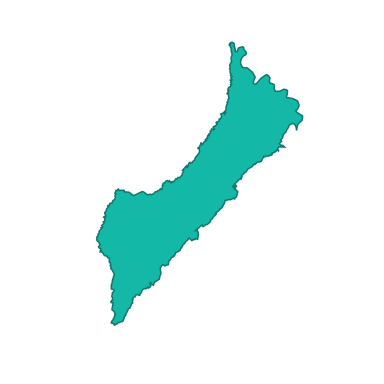 the district of Parácuaro, Michoacán, Mexico, rotated 204°
{"feature_id": "50627088B31611248449826", "entity_name": "Parácuaro", "entity_type": "district", "adm_level": 2, "iso_a3": "MEX", "parent_name": "Mexico", "parent_adm1": "Michoacán", "projection": "equal_earth", "projection_center": [-102.195, 19.07], "detail": "fine", "context": "isolated", "style": "filled", "palette": "teal", "viewbox_px": 384, "rotation_deg": 204, "n_neighbors": 0, "source": "geoboundaries", "source_scale": "gbopen_adm2", "svg_char_len": 6081}
<svg xmlns="http://www.w3.org/2000/svg" viewBox="0 0 384 384"><g transform="rotate(204 192 192)"><path d="M218.1,342.4L217.6,341.4L217.0,342.0L217.0,341.4L216.6,341.3L215.9,340.0L214.9,339.5L213.7,337.0L211.2,334.0L210.9,330.5L208.6,326.5L209.2,325.5L209.1,323.1L207.7,321.0L207.9,320.1L207.3,319.8L205.5,316.3L204.3,315.6L204.2,314.1L202.4,313.9L202.5,313.2L203.1,313.0L202.6,311.7L201.1,310.9L201.4,310.3L202.0,310.5L202.5,309.8L201.0,309.6L201.4,308.0L199.7,306.9L200.5,305.9L199.8,305.1L199.7,304.0L200.7,303.0L201.1,301.6L200.7,299.5L199.8,299.4L199.9,297.7L199.1,297.3L200.0,296.3L199.6,296.0L198.8,296.5L197.4,294.0L196.5,293.1L196.6,290.8L195.9,289.2L196.5,288.1L195.6,287.4L195.7,285.2L195.0,282.1L194.4,281.5L194.4,279.8L195.0,278.8L193.6,278.3L193.9,276.2L195.2,277.5L197.5,274.8L195.9,273.5L195.6,272.5L195.7,270.0L196.8,269.9L196.3,267.4L198.2,265.7L198.1,264.9L196.6,264.6L197.6,261.5L198.6,261.0L199.1,259.8L198.0,258.8L197.3,259.0L197.1,258.1L197.8,257.6L199.7,257.7L199.8,256.7L199.1,255.7L200.2,254.9L199.1,253.2L200.3,251.6L199.2,250.5L200.5,250.0L200.3,248.0L199.9,248.1L199.5,247.0L200.2,246.9L201.1,245.3L199.9,244.6L201.3,243.1L201.6,239.9L203.6,240.5L203.9,240.2L202.9,238.6L203.7,238.0L203.4,236.4L204.4,234.8L204.3,234.3L203.1,234.6L201.5,231.8L201.5,229.9L203.0,224.4L202.5,222.6L203.9,219.6L203.8,218.8L205.2,217.7L206.0,218.2L206.6,216.7L206.5,215.3L205.9,214.6L206.8,211.7L206.9,213.7L207.5,214.0L209.5,208.1L208.7,208.3L208.2,207.4L208.5,205.3L207.9,203.9L208.9,200.4L210.8,199.5L211.0,197.9L212.0,197.6L213.1,193.6L214.2,193.4L214.7,192.1L215.3,192.8L216.7,192.2L217.1,193.0L217.6,192.2L218.8,192.6L220.4,191.1L220.5,189.9L221.9,188.0L221.6,186.7L221.8,186.2L221.0,186.0L221.3,184.9L220.5,182.6L221.0,181.7L222.2,182.1L222.6,180.1L223.8,179.3L224.5,177.8L225.6,177.3L226.5,174.2L227.3,173.9L228.1,172.9L229.5,173.0L231.2,171.3L236.4,172.4L237.7,172.1L243.9,164.9L249.5,166.2L253.8,164.6L254.4,165.7L255.3,165.8L259.2,163.7L260.3,164.8L260.9,163.8L261.0,162.6L262.0,162.6L261.9,159.5L260.7,159.3L261.0,157.6L259.6,155.3L259.8,153.4L260.7,152.1L260.7,149.3L262.4,148.2L261.9,146.6L263.4,145.4L263.3,144.9L262.5,144.9L262.4,144.3L263.2,141.5L262.7,139.7L263.4,137.6L262.9,136.8L262.0,136.5L261.6,135.1L260.9,135.0L260.9,134.1L262.4,133.5L262.5,133.0L261.3,132.7L259.9,130.5L260.0,129.6L260.9,128.8L260.8,128.4L260.0,128.7L259.8,127.9L260.2,126.0L261.0,124.5L259.4,123.6L259.7,122.8L260.6,122.3L259.8,121.1L260.9,118.7L260.2,116.5L260.7,115.3L260.1,113.3L260.7,111.9L259.8,110.8L259.7,109.5L258.2,108.6L257.0,108.5L255.3,106.9L254.6,106.7L255.1,103.9L253.8,103.0L252.3,103.2L251.6,100.0L250.8,100.9L250.5,100.3L249.2,100.4L246.2,98.3L243.7,98.8L242.2,97.7L240.4,97.9L239.3,94.7L238.8,94.1L238.2,94.2L236.9,93.0L236.9,91.7L235.5,90.7L235.0,88.9L233.7,88.6L229.8,85.6L229.1,84.2L229.4,82.8L229.0,82.3L228.9,79.3L228.0,76.5L227.9,74.3L226.7,71.6L226.2,70.6L223.6,71.0L223.0,70.2L223.7,67.2L223.1,65.8L223.0,64.2L222.1,63.5L220.8,61.5L220.6,60.6L221.2,60.2L221.5,59.0L221.0,58.1L218.9,58.6L217.3,51.9L214.6,51.2L212.1,48.8L212.6,48.6L212.2,47.2L212.2,43.0L212.7,41.4L212.6,39.6L209.3,39.8L209.3,39.2L208.8,38.8L206.9,40.9L206.2,42.9L205.4,43.0L203.9,44.8L202.9,45.3L202.6,45.9L202.7,49.1L203.2,49.1L203.1,50.7L202.4,52.1L202.5,53.0L203.0,53.3L202.5,55.8L202.6,59.2L202.5,59.8L201.5,60.6L201.7,64.9L201.1,66.6L202.5,68.8L202.0,69.5L202.7,70.9L202.5,72.5L201.4,73.0L201.1,75.6L199.5,76.3L198.7,76.0L197.8,76.4L197.8,78.1L197.3,79.6L197.7,81.3L197.1,83.4L195.3,84.9L194.6,84.9L194.2,86.1L193.1,86.5L193.4,87.1L192.4,86.8L191.4,88.7L191.9,90.2L193.1,90.7L193.3,92.3L192.8,92.7L192.0,91.1L189.3,91.2L189.7,94.1L186.4,99.0L187.1,102.1L187.2,104.6L188.1,106.6L189.0,107.2L189.2,108.4L190.1,109.4L189.5,113.5L189.0,113.8L186.7,113.3L185.3,115.1L184.1,116.0L184.3,117.2L184.9,117.8L184.7,118.4L185.2,119.6L184.5,120.4L184.1,123.6L182.8,125.2L182.6,126.5L182.1,126.6L182.2,130.1L180.7,131.6L179.2,133.9L179.3,135.9L179.0,136.5L179.3,136.6L178.6,138.2L178.8,140.1L177.8,142.0L177.5,144.4L176.6,146.1L176.0,148.8L172.4,147.5L171.2,149.2L169.9,149.8L170.0,151.0L167.7,151.0L168.8,155.9L169.4,156.3L170.0,157.9L171.1,158.3L171.6,159.4L173.0,158.4L169.4,166.1L167.9,164.9L166.7,166.4L166.4,167.6L164.9,168.5L163.2,171.9L163.0,172.5L163.6,172.9L163.3,174.6L162.5,176.0L162.6,177.1L160.9,181.7L161.6,182.0L161.3,182.6L161.5,182.7L159.5,186.8L159.7,187.7L159.3,187.8L158.1,190.0L158.3,191.5L158.0,191.8L158.2,193.1L157.8,194.4L158.3,197.9L157.4,198.1L155.7,199.9L153.7,200.6L151.8,202.9L150.2,203.0L150.4,204.3L149.5,205.4L149.5,206.3L150.2,210.8L154.4,212.7L154.5,212.2L157.1,213.6L156.7,215.1L154.1,213.8L154.0,214.1L153.7,215.4L156.2,216.8L153.3,224.3L152.4,223.7L152.2,224.3L153.0,225.1L152.5,226.2L153.4,227.0L151.5,231.3L151.6,231.6L150.7,232.6L150.5,235.4L147.4,239.6L147.2,241.0L146.5,242.1L146.6,242.8L145.3,243.1L145.1,244.6L143.9,246.3L142.6,246.8L141.2,248.2L140.9,253.9L139.6,253.7L138.7,255.3L136.9,255.7L136.0,256.6L135.8,257.5L134.2,258.2L134.1,259.1L134.7,260.3L132.9,261.5L132.7,262.9L132.0,262.8L131.3,265.3L129.7,264.6L129.8,265.4L130.5,265.4L131.5,266.7L130.9,268.6L125.7,270.7L128.1,271.5L130.1,270.8L132.1,271.7L130.8,274.7L132.1,275.7L131.3,278.2L131.9,281.6L130.6,285.2L130.7,287.7L130.1,290.6L130.6,292.4L128.3,295.3L125.8,295.7L123.2,293.5L121.5,290.7L122.6,295.0L122.7,296.7L122.2,299.0L120.6,302.2L121.3,305.1L122.0,306.5L128.9,307.5L130.2,308.4L129.4,310.4L129.2,314.0L129.9,315.4L132.6,318.1L138.1,318.4L143.9,316.7L144.4,317.2L144.8,319.9L145.8,323.2L147.2,323.9L150.0,323.2L152.7,319.8L156.8,317.9L159.2,320.1L159.8,322.4L160.4,323.3L161.6,323.6L165.4,323.3L166.4,324.7L167.1,327.7L169.2,329.2L171.4,329.6L172.5,328.5L175.3,323.8L177.3,316.8L179.5,315.8L180.1,316.2L180.8,318.0L181.0,322.6L185.3,325.9L191.8,327.8L196.5,326.4L199.5,328.6L200.6,330.7L201.2,334.2L200.3,337.3L198.8,339.1L198.6,340.8L199.9,342.0L202.4,343.1L203.7,345.2L205.1,345.1L207.5,343.2L208.1,342.2L208.0,338.8L209.2,337.9L210.1,338.5L210.6,340.0L212.8,342.6L214.1,344.9L216.4,345.1L217.5,343.9L218.1,342.4Z" fill="#14b8a6" stroke="#0f766e" stroke-width="1.5"/></g></svg>